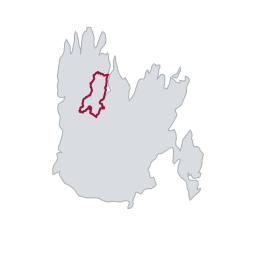 Limerick on a map of Ireland (Equal Earth projection), rotated 111°
{"feature_id": "IRL-726", "entity_name": "Limerick", "entity_type": "County", "adm_level": 1, "iso_a3": "IRL", "parent_name": "Ireland", "parent_adm1": "", "projection": "equal_earth", "projection_center": [-8.682, 52.516], "detail": "fine", "context": "in_parent", "style": "outline", "palette": "rose", "viewbox_px": 256, "rotation_deg": 111, "n_neighbors": 0, "source": "natural_earth", "source_scale": "10m", "svg_char_len": 6704}
<svg xmlns="http://www.w3.org/2000/svg" viewBox="0 0 256 256"><g transform="rotate(111 128 128)"><path d="M163.8,50.7L158.1,53.6L157.2,54.7L155.6,59.1L155.5,60.3L151.9,65.3L149.9,66.3L146.8,67.1L145.1,67.8L142.9,67.5L140.2,67.5L138.8,68.4L138.9,69.1L139.7,69.9L144.8,72.1L144.5,73.1L143.1,74.1L134.0,76.8L131.3,78.4L130.3,79.5L131.3,81.3L138.6,86.6L139.9,87.2L141.0,90.3L147.4,91.6L150.1,93.5L152.3,94.0L157.3,93.8L159.3,94.6L160.4,94.0L161.0,93.0L166.5,89.2L164.8,86.4L170.3,81.5L171.8,81.6L174.5,83.1L176.7,85.1L177.4,87.9L179.5,90.3L180.8,91.2L184.3,91.7L185.2,92.7L184.6,96.2L185.1,97.4L194.2,97.3L197.8,95.8L200.9,96.1L202.5,97.7L203.2,99.3L200.5,99.9L197.7,99.6L196.4,100.7L196.3,102.8L197.3,105.5L199.2,107.4L200.8,111.7L202.1,116.5L204.1,119.5L204.6,123.1L204.4,124.8L204.8,128.0L204.0,129.2L204.6,132.2L208.1,141.9L208.9,149.5L207.3,152.3L205.2,155.0L203.8,158.3L202.8,161.7L202.2,167.3L197.5,173.9L195.5,175.6L193.2,176.6L198.4,181.2L194.2,183.3L189.7,183.9L184.6,182.8L181.4,182.9L177.4,185.3L176.5,184.9L174.6,181.1L173.2,185.0L170.3,186.2L165.3,186.0L156.9,187.0L153.7,188.1L152.4,189.9L151.4,191.9L150.1,193.1L148.7,193.7L142.2,195.2L140.9,195.8L137.9,199.1L134.0,201.0L130.8,201.5L127.9,199.6L126.7,198.5L125.3,197.9L120.9,198.0L122.3,198.6L123.2,199.9L123.7,202.5L123.2,205.0L121.0,206.3L118.3,206.6L114.2,209.2L108.7,209.9L105.8,212.3L87.7,216.4L86.7,216.5L84.2,215.4L81.5,215.0L78.8,215.3L71.2,217.6L67.5,217.1L72.2,211.4L78.5,208.6L79.2,207.8L77.1,207.4L65.2,209.4L61.0,211.1L56.9,211.6L58.8,209.0L64.2,205.5L68.8,203.1L70.8,201.0L76.5,198.7L58.3,203.6L53.6,203.0L52.5,201.6L48.7,202.2L47.4,198.9L52.9,194.0L56.1,191.8L59.9,190.7L63.6,189.0L65.0,187.0L63.3,186.4L52.3,186.9L47.1,186.4L47.4,184.8L48.4,183.1L53.8,180.0L56.8,179.5L59.4,179.8L64.0,181.6L70.1,181.0L67.6,179.1L67.2,175.2L65.2,173.9L67.8,172.0L70.6,170.9L75.4,167.2L77.2,166.6L86.6,165.7L96.8,163.7L107.0,161.0L101.8,159.5L99.3,157.5L95.3,161.5L92.4,163.1L84.3,163.9L81.7,163.4L78.1,162.2L77.0,162.7L75.9,163.6L70.6,165.6L64.9,166.1L71.5,162.4L79.9,156.3L81.7,154.3L84.4,150.9L83.6,149.4L81.9,148.6L87.9,141.6L90.0,140.3L93.9,140.1L96.7,139.0L98.0,139.0L99.1,138.6L101.6,136.5L97.7,135.2L93.8,134.5L81.6,135.2L80.0,135.1L78.5,134.4L77.5,133.5L76.8,131.2L75.9,130.6L73.2,130.6L70.5,131.4L68.6,131.3L66.7,130.3L69.7,127.9L65.9,127.3L62.0,127.8L58.8,127.0L58.7,125.5L60.2,124.0L58.3,122.6L57.9,120.8L60.0,119.9L62.2,120.2L66.7,118.9L72.5,118.2L67.6,116.9L65.6,115.8L65.5,114.1L65.9,112.6L71.7,110.1L77.8,109.0L77.4,107.4L77.8,105.6L71.6,105.1L65.5,106.3L66.2,103.0L67.7,99.9L68.0,97.9L67.7,95.8L64.8,96.7L64.5,93.7L63.3,91.6L59.1,93.0L59.2,90.3L60.5,88.4L62.7,87.5L64.9,87.9L68.9,87.9L72.9,86.4L78.5,86.1L87.6,86.5L93.7,90.6L95.3,89.8L97.8,87.3L99.0,87.0L108.3,88.1L114.1,89.6L115.7,89.1L114.9,86.3L112.9,84.3L115.4,81.7L118.4,80.0L120.4,79.1L125.1,78.1L127.2,77.0L128.5,73.7L130.7,71.0L118.9,72.4L107.7,69.2L109.5,66.9L111.9,65.6L115.9,64.6L116.3,63.4L118.4,62.4L121.8,59.8L120.5,56.4L121.2,53.9L123.6,52.3L124.4,49.9L125.5,48.2L130.5,47.6L135.2,46.0L142.6,45.8L144.5,46.5L144.0,43.7L147.5,43.3L148.8,43.9L149.5,45.8L151.0,47.1L151.5,49.3L150.5,51.0L148.7,52.3L150.4,53.7L147.9,56.1L150.6,55.1L154.4,52.7L154.2,50.7L153.5,48.3L152.4,46.1L152.9,43.7L155.0,42.2L160.7,41.4L158.4,38.7L160.4,38.4L162.7,39.0L166.0,41.1L173.1,44.1L169.7,46.8L165.5,48.7L163.8,50.7ZM64.3,104.1L64.1,105.4L61.4,103.7L60.1,101.9L52.7,101.1L55.8,99.3L57.3,99.9L62.5,99.9L64.0,100.7L64.3,104.1Z" fill="#d9dde1" stroke="#a8b0b8" stroke-width="1"/><path d="M85.5,165.8L85.9,165.9L86.5,165.7L88.8,165.8L90.1,165.6L90.7,165.4L91.2,165.0L91.8,164.7L96.3,163.6L97.0,163.2L97.3,163.7L98.0,163.8L98.7,163.7L99.2,163.5L99.5,163.3L99.7,162.8L100.0,162.4L100.4,162.3L106.9,161.6L108.1,161.3L108.6,161.3L109.2,161.2L109.8,161.3L110.2,161.6L110.4,162.1L110.7,162.3L111.3,162.2L112.1,163.3L114.2,163.6L115.1,162.8L114.9,161.1L115.3,161.0L115.5,160.7L115.6,160.4L115.8,160.1L116.2,160.0L116.4,160.0L116.7,159.9L117.0,159.7L117.3,159.0L117.1,158.5L117.1,158.0L118.3,157.5L118.7,158.1L118.8,158.4L118.9,158.8L118.9,159.0L119.0,159.1L119.1,159.9L119.1,160.1L119.3,160.6L119.8,160.7L120.5,160.8L123.6,160.8L124.8,160.5L125.1,160.5L125.5,160.6L126.1,160.9L126.3,161.2L126.4,161.4L126.5,161.6L127.1,161.8L129.0,161.6L128.9,162.5L128.8,162.9L128.4,163.7L128.3,164.0L128.2,164.9L128.1,165.2L127.9,165.4L127.7,165.6L127.6,165.8L127.5,166.0L127.7,166.4L127.7,166.8L127.7,167.5L127.7,167.9L127.7,168.2L127.6,168.5L127.4,168.7L127.3,168.8L127.1,168.8L126.9,168.9L126.7,168.8L126.3,168.7L126.0,168.7L125.6,168.8L125.0,169.0L124.4,169.3L124.4,169.8L124.4,170.3L124.2,170.6L123.9,170.7L123.7,170.5L123.7,170.3L123.7,169.8L123.7,169.6L123.6,169.4L123.4,169.2L123.2,169.2L122.8,169.3L122.4,169.6L122.0,169.9L121.9,170.1L121.7,170.4L121.7,170.6L121.6,171.1L121.5,171.4L121.5,171.6L121.6,171.8L122.0,172.1L122.3,172.3L122.5,172.3L122.8,172.3L123.3,172.4L123.5,172.4L124.0,172.4L124.6,172.6L126.0,173.7L126.3,173.7L127.0,173.7L127.3,173.9L127.5,174.2L128.0,175.1L128.3,175.4L128.6,175.6L129.7,175.6L129.8,175.8L129.8,176.1L129.5,177.3L129.5,177.6L129.8,177.8L130.0,177.9L130.2,178.0L130.3,178.1L130.2,178.4L130.2,178.6L129.2,179.6L128.7,179.3L128.2,179.3L126.5,179.6L126.3,179.6L126.0,179.5L125.6,179.3L125.3,179.2L125.2,179.0L125.1,178.8L124.9,178.4L124.8,178.2L124.7,178.1L124.4,177.9L123.8,177.7L123.5,177.8L123.1,178.0L122.9,178.3L122.7,178.5L122.3,178.8L121.9,179.1L121.6,179.2L119.9,179.4L118.2,179.8L117.5,179.8L116.8,179.6L116.5,179.5L116.2,179.4L115.6,178.6L115.4,178.5L115.2,178.4L114.4,178.3L114.2,178.1L113.9,177.9L113.7,177.6L113.6,177.3L113.5,177.2L113.4,177.0L113.2,176.9L112.5,176.7L112.3,176.6L112.2,176.5L111.9,176.2L111.7,176.0L111.6,175.9L111.4,175.8L111.4,175.6L111.2,175.3L110.9,175.1L110.3,175.1L109.0,175.2L106.5,175.0L106.2,175.0L104.8,175.8L104.4,176.2L104.3,176.3L104.1,176.4L103.9,176.4L103.6,176.6L103.4,176.9L103.3,177.0L103.2,177.4L103.1,177.5L102.9,177.6L100.5,178.3L100.0,178.5L99.8,178.6L99.8,178.8L100.0,178.9L100.0,179.0L99.9,179.0L99.2,178.8L98.8,178.6L98.3,178.1L97.9,178.0L95.8,177.5L94.8,177.3L94.4,177.2L94.1,177.3L93.6,177.4L92.0,178.6L90.8,179.0L90.4,178.4L90.1,178.1L89.9,178.1L89.3,177.8L88.8,177.6L88.1,177.4L87.9,177.3L87.7,177.0L87.4,176.7L86.7,176.4L86.5,176.1L86.6,175.9L86.8,175.8L87.3,175.5L87.5,175.4L87.6,175.1L87.4,174.8L87.2,174.7L86.8,174.4L86.7,174.3L86.7,174.1L86.7,173.9L86.8,173.5L86.9,173.3L87.0,173.1L87.3,172.9L87.4,172.6L87.2,172.3L87.1,172.2L86.8,171.8L86.7,171.6L86.7,171.3L86.8,171.0L86.9,170.8L87.0,170.6L87.1,170.2L87.3,169.9L87.6,169.7L87.8,169.4L87.8,169.1L87.6,168.8L87.4,168.6L87.0,168.2L86.7,167.9L86.3,167.4L86.3,167.1L86.1,166.6L85.6,166.1L85.5,165.8Z" fill="none" stroke="#9f1239" stroke-width="2"/></g></svg>